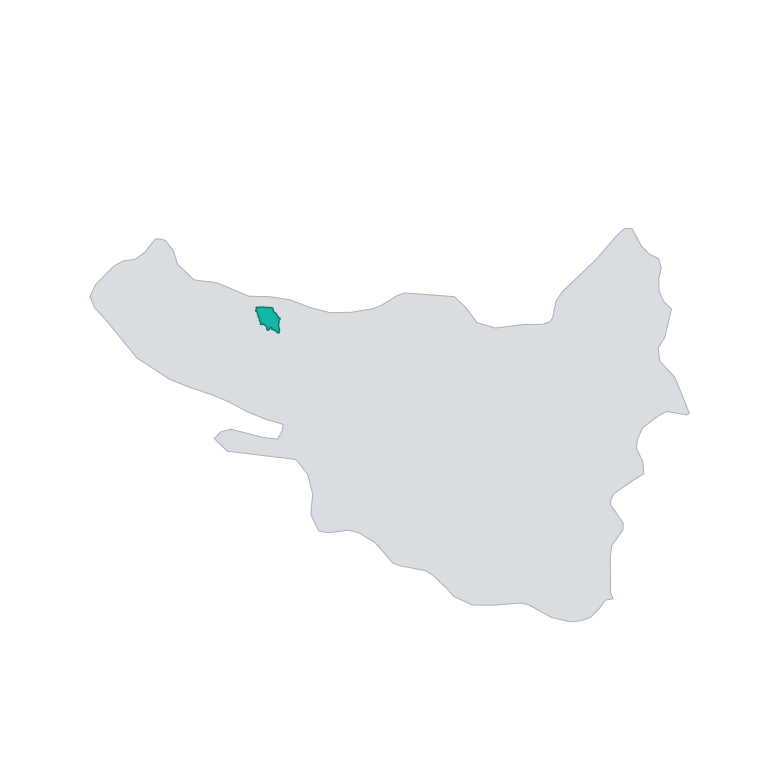 Quisquella, San Pedro de Macorís, Dominican Republic (highlighted), rotated 191°
{"feature_id": "3306468B80132338687245", "entity_name": "Quisquella", "entity_type": "district", "adm_level": 2, "iso_a3": "DOM", "parent_name": "Dominican Republic", "parent_adm1": "San Pedro de Macorís", "projection": "orthographic", "projection_center": [-69.415, 18.546], "detail": "fine", "context": "in_parent", "style": "filled", "palette": "teal", "viewbox_px": 768, "rotation_deg": 191, "n_neighbors": 0, "source": "geoboundaries", "source_scale": "gbopen_adm2", "svg_char_len": 4321}
<svg xmlns="http://www.w3.org/2000/svg" viewBox="0 0 768 768"><g transform="rotate(191 384 384)"><path d="M116.1,512.4L117.2,483.4L121.8,471.7L117.8,459.2L99.5,445.8L88.4,428.7L78.7,413.5L80.9,411.4L101.0,411.0L108.1,405.6L121.8,390.4L124.7,378.0L123.7,368.6L115.1,357.3L111.8,345.5L122.8,335.3L137.1,320.5L139.1,314.8L138.9,309.1L122.6,293.0L121.6,286.2L129.5,269.1L128.9,257.8L121.7,222.2L118.2,216.9L125.5,214.0L130.5,203.5L137.0,194.1L145.6,189.2L155.3,186.1L174.5,186.6L200.9,195.1L208.4,195.0L234.0,187.8L255.2,183.9L275.0,188.7L283.0,195.2L299.4,205.5L307.6,208.6L333.6,208.6L340.7,209.6L362.4,226.5L380.7,233.3L391.4,233.6L410.6,227.2L420.1,227.4L430.9,241.9L433.0,262.4L442.0,281.1L456.0,293.1L524.8,288.1L540.2,298.0L534.9,306.1L525.2,310.4L492.5,308.5L478.1,309.5L475.2,317.6L475.2,325.1L494.3,326.9L513.2,330.7L532.3,336.7L551.8,340.8L573.7,343.5L595.4,347.7L631.5,362.4L671.5,395.7L682.2,403.2L689.3,413.7L686.1,426.6L671.9,447.9L663.9,454.8L652.1,459.0L644.0,467.7L636.3,482.5L631.5,483.8L625.9,483.2L616.3,474.8L609.4,462.0L590.1,449.9L567.1,451.5L533.3,444.4L512.9,447.9L492.4,448.7L471.5,445.0L450.5,443.7L429.5,448.2L409.1,455.9L401.5,460.8L388.4,472.9L381.5,477.3L331.8,483.1L317.6,474.2L304.4,462.0L285.3,460.2L257.6,469.3L240.3,472.6L233.2,476.5L231.1,481.1L230.9,498.0L226.9,508.2L199.5,546.8L184.0,574.0L177.7,582.3L170.4,584.1L157.3,568.2L148.8,562.4L138.4,559.4L134.0,551.0L134.3,539.1L131.7,527.6L125.3,518.5L116.1,512.4Z" fill="#d9dde1" stroke="#a8b0b8" stroke-width="1"/><path d="M516.6,419.1L515.5,419.1L515.1,419.1L514.9,419.2L514.7,419.2L514.6,419.3L514.1,419.5L513.4,419.9L513.2,419.9L512.9,419.8L512.7,419.6L512.1,419.0L511.8,418.8L511.6,418.7L511.1,418.5L510.5,418.1L510.3,418.0L510.2,417.9L509.9,417.3L509.8,417.1L509.7,416.9L509.7,416.7L509.6,415.9L509.6,415.6L509.4,415.3L509.2,415.0L508.9,414.8L508.7,414.7L508.3,414.7L508.1,414.7L508.0,414.8L507.8,415.0L507.4,415.3L507.2,415.6L507.0,415.8L506.9,416.0L506.8,416.4L506.7,417.1L506.6,417.3L506.4,417.5L506.0,417.7L505.9,417.8L505.7,418.0L505.4,418.1L505.2,418.0L505.0,417.8L504.9,417.6L504.8,417.3L504.7,416.7L504.7,416.4L504.5,416.2L504.4,416.2L504.2,416.2L503.8,416.3L503.6,416.3L503.1,416.1L502.2,416.0L501.8,415.9L501.6,415.9L501.2,415.6L500.8,415.5L500.2,415.1L499.8,414.9L499.6,414.8L498.9,414.3L498.7,414.1L498.2,414.0L497.6,414.0L497.4,414.0L497.1,414.1L496.9,414.2L496.9,414.3L496.8,414.5L496.7,415.0L496.8,416.2L496.8,416.6L496.9,416.8L496.9,417.1L497.2,417.6L497.2,417.8L497.3,418.2L497.4,418.5L497.7,419.0L497.9,419.5L498.2,420.0L498.4,420.5L498.6,420.9L498.7,421.2L498.7,421.4L498.8,421.9L498.8,423.8L498.8,424.5L498.9,424.9L499.1,425.4L499.2,425.6L499.2,425.8L499.2,426.1L499.2,426.3L499.1,426.5L498.8,427.0L498.7,427.4L498.4,427.8L498.4,428.0L498.4,428.3L498.5,428.4L498.6,428.5L499.2,428.8L499.6,429.0L499.8,429.1L500.0,429.2L500.5,429.6L500.7,429.8L501.2,430.0L501.5,430.2L501.8,430.5L502.0,430.8L502.1,431.0L502.4,431.5L502.6,431.8L503.1,432.3L503.4,432.6L503.6,432.7L503.8,432.9L504.2,433.0L504.6,433.3L504.8,433.3L505.0,433.4L505.6,433.4L505.8,433.5L506.0,433.6L506.2,433.8L506.3,434.3L506.4,434.5L506.5,434.7L507.0,435.3L507.1,435.5L507.2,435.8L507.2,436.1L507.2,436.9L507.6,437.1L508.1,437.3L508.4,437.4L508.7,437.4L509.1,437.5L509.6,437.4L510.0,437.4L510.7,437.1L511.1,437.0L511.8,437.0L512.8,437.0L513.1,436.9L513.5,436.7L514.1,436.5L514.7,436.5L516.7,436.5L517.1,436.5L517.3,436.5L517.6,436.4L518.1,436.2L518.3,436.1L518.5,436.1L519.2,436.0L519.4,435.9L519.7,435.9L520.0,435.7L520.3,435.6L521.4,435.5L521.6,435.4L522.0,435.2L522.3,435.1L522.6,435.1L523.5,435.1L523.8,435.0L523.9,434.9L524.0,434.7L523.9,434.4L523.7,434.0L523.7,433.9L523.6,433.6L523.6,433.3L523.6,433.0L523.7,432.7L523.9,432.1L524.0,431.9L524.0,431.7L524.0,431.4L523.9,431.2L523.7,431.1L523.0,431.0L522.8,431.0L522.6,430.9L522.3,430.7L522.2,430.5L522.1,430.4L522.0,429.6L521.7,429.2L521.7,428.9L521.2,428.2L521.0,427.8L521.0,427.7L520.8,427.5L520.7,427.4L520.6,427.2L520.5,426.6L520.4,426.4L520.2,426.1L520.1,425.7L519.9,425.6L519.8,425.4L519.6,425.3L519.2,425.0L519.0,424.9L518.8,424.7L518.7,424.5L518.7,424.4L518.6,424.2L518.6,423.5L518.5,423.2L518.1,422.3L518.0,422.0L517.8,421.9L517.2,421.2L516.9,420.9L516.8,420.7L516.7,420.6L516.7,420.3L516.6,420.1L516.6,419.7L516.6,419.1Z" fill="#14b8a6" stroke="#0f766e" stroke-width="1.5"/></g></svg>